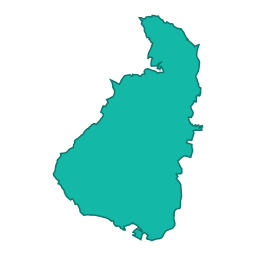 Panet, Mures, Romania (Mercator projection)
{"feature_id": "2599482B21044772325491", "entity_name": "Panet", "entity_type": "district", "adm_level": 2, "iso_a3": "ROU", "parent_name": "Romania", "parent_adm1": "Mures", "projection": "mercator", "projection_center": [24.446, 46.561], "detail": "fine", "context": "isolated", "style": "filled", "palette": "teal", "viewbox_px": 256, "rotation_deg": 0, "n_neighbors": 0, "source": "geoboundaries", "source_scale": "gbopen_adm2", "svg_char_len": 5830}
<svg xmlns="http://www.w3.org/2000/svg" viewBox="0 0 256 256"><path d="M151.8,240.6L153.1,240.0L157.0,238.8L159.5,238.6L160.5,238.3L161.6,237.7L162.6,236.6L164.6,232.5L166.2,230.8L168.5,229.7L171.6,228.7L172.8,227.9L174.5,225.6L174.8,224.7L174.9,223.8L174.4,221.0L174.0,219.5L173.8,218.2L173.8,217.0L174.2,215.4L173.5,215.0L173.6,214.2L174.2,213.8L174.3,213.4L174.1,212.8L174.4,211.8L174.9,210.5L175.7,209.5L177.0,208.8L178.0,208.5L179.3,208.6L179.8,208.1L180.4,206.7L180.5,200.4L180.9,199.1L181.5,196.0L180.7,184.7L180.2,183.6L178.9,181.5L176.3,178.6L177.9,176.6L176.3,174.1L176.5,174.0L176.5,173.6L177.8,173.8L180.9,173.7L180.9,173.0L181.9,172.7L181.7,168.6L181.1,168.1L180.1,166.3L177.6,160.8L179.3,159.9L180.5,158.4L182.4,157.1L183.5,156.1L184.1,155.8L187.4,156.4L190.7,157.4L192.6,150.8L192.6,150.1L191.8,146.9L191.9,144.5L186.5,142.8L187.4,140.0L190.7,140.1L191.7,140.4L193.9,133.2L193.4,131.6L193.3,130.6L195.6,130.3L195.7,130.0L198.8,130.3L201.9,130.1L201.9,129.5L201.2,127.5L202.6,126.9L202.2,125.7L201.3,126.1L200.9,125.9L200.3,126.3L200.2,126.6L199.6,126.8L199.8,127.7L199.3,127.9L198.7,125.1L196.9,125.5L196.4,126.3L196.2,126.3L195.6,124.9L195.3,125.0L194.1,125.8L193.1,125.9L192.6,124.9L192.1,124.9L191.9,124.0L190.6,124.0L190.0,122.1L189.1,120.8L188.8,118.8L188.5,117.9L188.6,117.2L188.8,117.1L191.4,117.5L191.9,116.1L192.8,115.0L192.9,114.4L193.2,112.6L191.5,109.3L190.7,107.1L190.8,106.4L192.4,104.5L193.0,103.5L193.7,102.7L193.7,100.9L194.5,101.0L195.7,102.1L196.2,101.9L196.4,101.2L196.3,99.5L196.5,98.9L196.5,96.6L196.0,96.8L196.0,96.6L198.2,94.9L199.1,96.0L199.9,95.5L200.7,92.8L200.5,92.5L200.2,92.6L200.6,91.4L200.5,89.6L200.9,88.1L199.4,87.2L198.8,86.5L198.6,85.8L198.5,85.1L198.7,84.1L198.0,83.1L196.7,78.7L195.8,77.1L195.6,76.4L198.4,70.9L198.4,70.3L198.8,68.9L199.3,65.0L199.5,62.0L199.1,60.7L197.3,57.9L196.8,56.7L196.6,55.3L196.7,53.4L197.0,51.6L197.0,50.8L199.0,44.7L197.9,45.0L194.7,46.6L194.2,45.6L190.5,42.3L189.2,41.5L187.9,39.4L187.7,40.1L186.9,39.9L186.8,39.4L186.9,39.0L186.8,38.6L184.4,34.1L184.1,33.2L183.8,32.8L183.4,31.9L182.5,31.0L181.9,29.9L180.9,29.4L181.1,29.0L179.2,28.5L177.4,28.5L176.0,27.5L175.2,27.2L173.5,25.9L173.3,25.1L172.5,24.0L172.0,23.6L170.9,24.0L169.4,23.4L167.6,22.4L166.9,21.9L166.5,22.6L165.8,23.3L164.5,22.6L163.7,22.1L163.4,21.6L162.8,20.0L161.6,19.7L160.8,19.2L158.9,17.4L158.6,16.9L158.7,16.5L158.0,16.0L155.8,16.5L155.3,15.9L153.1,15.4L152.0,15.7L151.8,17.0L149.6,16.6L146.7,17.0L146.2,17.1L145.0,18.7L143.6,18.8L142.4,18.4L141.5,17.8L139.3,17.7L140.9,20.1L141.7,20.7L142.5,20.7L142.5,20.8L142.0,21.6L141.8,22.7L141.4,23.8L144.4,27.8L144.3,30.2L144.6,31.7L145.7,33.2L146.0,34.1L146.1,35.1L146.6,36.7L146.9,37.4L147.0,37.6L148.4,37.5L149.8,38.4L149.0,39.2L150.3,40.4L150.6,40.8L151.0,42.1L151.4,42.5L152.9,43.0L151.4,46.6L151.7,46.8L149.2,51.9L148.4,53.7L147.9,58.3L148.2,58.4L148.8,57.5L151.0,57.0L151.7,57.3L152.5,58.5L152.0,58.9L151.4,60.7L151.0,63.8L151.0,65.0L151.2,65.7L151.5,66.2L151.8,66.3L153.0,65.9L156.4,66.0L156.8,65.8L158.7,63.4L160.2,62.5L161.0,62.3L160.4,63.1L160.1,63.1L159.5,63.6L159.0,64.3L158.3,66.4L157.2,68.1L157.2,68.5L158.1,68.8L158.4,68.7L159.4,68.9L159.7,69.1L159.9,69.4L160.1,68.9L160.3,67.8L160.6,68.0L161.0,66.5L161.6,66.7L161.5,67.4L162.7,69.3L163.3,70.6L163.8,72.0L162.5,72.6L160.9,72.4L159.0,72.5L158.3,73.4L157.5,72.9L155.7,71.5L154.8,71.1L151.3,70.2L148.3,68.8L147.5,68.8L146.3,69.1L145.2,69.8L144.3,71.0L144.2,71.4L144.3,72.2L144.8,73.8L142.2,74.4L141.2,75.6L139.9,76.4L137.7,74.8L137.3,74.7L136.0,74.6L134.3,74.8L132.7,74.4L132.3,76.0L131.7,76.2L131.3,76.1L131.0,75.5L130.0,74.8L126.5,75.3L124.7,75.8L123.9,76.6L121.2,80.4L121.5,80.6L119.3,84.4L115.9,82.4L110.7,79.9L112.3,83.1L112.6,84.9L113.1,86.8L112.8,86.9L113.0,87.7L114.4,89.8L114.7,92.4L113.8,95.3L113.0,96.6L111.8,97.4L111.7,97.2L109.6,98.4L106.6,99.6L108.2,102.3L106.6,104.3L105.7,106.4L103.6,106.0L103.4,106.8L102.8,106.5L100.8,112.2L102.3,113.1L103.1,113.9L103.4,114.8L103.1,116.2L101.4,118.3L100.0,120.4L96.8,123.9L96.2,124.4L95.1,123.8L93.8,123.7L91.8,124.9L91.3,125.3L91.1,125.8L89.2,127.2L88.9,127.7L88.7,128.6L88.3,128.7L87.7,128.6L87.3,128.8L85.2,130.7L84.5,131.6L82.9,134.5L82.4,135.0L81.4,135.1L80.1,136.7L79.5,137.0L77.6,138.7L76.4,139.1L74.5,141.1L74.7,142.0L74.6,143.3L73.7,144.7L73.2,147.5L72.0,147.9L69.6,149.1L69.1,149.5L67.3,151.7L65.1,153.0L60.5,153.5L60.9,156.2L57.2,160.2L57.4,161.7L55.9,165.4L55.5,167.6L55.3,170.0L54.6,171.9L53.4,173.8L53.9,175.9L55.1,176.8L55.7,178.1L56.4,178.9L58.2,180.4L59.1,180.8L59.1,181.2L58.6,181.9L58.2,183.5L58.9,183.5L59.0,183.7L58.7,183.9L59.6,184.3L61.1,185.6L62.0,187.8L64.2,190.5L64.4,191.2L64.3,191.8L64.9,193.3L66.5,196.4L70.5,200.0L72.1,198.8L72.7,199.0L73.8,200.6L75.3,204.4L77.5,204.1L78.1,205.6L79.1,207.2L80.0,210.3L80.0,211.2L80.3,211.8L81.9,213.6L82.7,214.0L83.5,215.2L84.2,215.2L87.4,214.7L89.9,215.0L95.6,215.2L98.2,215.9L100.5,216.2L104.5,217.5L105.3,217.4L106.9,218.2L108.5,218.8L111.1,221.0L112.1,221.1L113.2,220.8L113.5,221.5L113.7,222.8L114.1,224.0L114.6,224.8L115.7,225.9L116.5,226.3L117.0,226.3L117.4,225.9L117.8,225.7L118.4,225.8L119.3,226.6L120.2,226.9L120.3,227.5L120.5,227.6L121.1,228.5L122.6,228.7L122.8,229.0L123.0,229.7L123.6,229.6L124.1,230.1L125.3,229.9L124.3,227.5L124.0,226.4L126.5,225.8L126.6,225.5L129.0,225.0L132.4,222.9L133.1,223.1L132.9,223.6L134.1,223.7L135.5,224.5L137.3,225.6L138.5,226.7L138.5,227.0L138.1,227.4L140.9,229.0L142.3,231.7L141.7,231.9L140.8,231.1L140.7,230.7L140.3,230.4L136.7,228.7L134.0,231.1L133.0,232.3L135.5,233.4L135.1,235.3L133.0,234.8L132.9,235.2L140.9,239.6L141.0,238.7L141.6,237.4L141.6,236.6L141.4,235.8L141.7,235.6L142.3,234.4L142.9,233.6L144.7,232.6L146.7,234.1L146.8,234.5L147.5,234.6L148.2,235.2L147.3,236.6L146.8,237.7L146.8,238.5L146.7,238.8L147.8,239.3L148.6,239.3L151.1,240.1L151.8,240.6Z" fill="#14b8a6" stroke="#0f766e" stroke-width="1.5"/></svg>